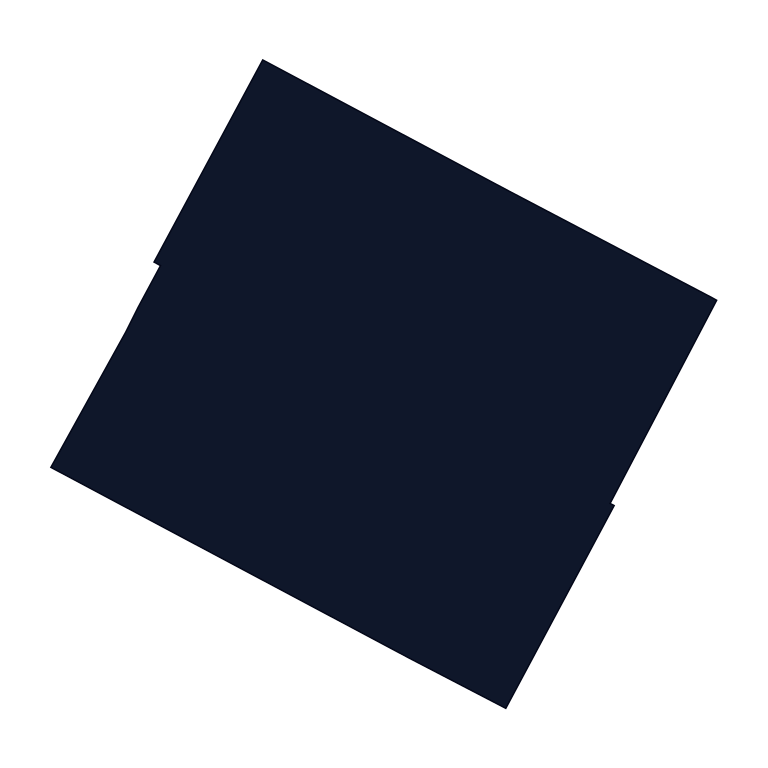 Custer, Nebraska, United States of America, rotated 28°
{"feature_id": "52423323B7268339406067", "entity_name": "Custer", "entity_type": "district", "adm_level": 2, "iso_a3": "USA", "parent_name": "United States of America", "parent_adm1": "Nebraska", "projection": "orthographic", "projection_center": [-99.806, 41.394], "detail": "fine", "context": "isolated", "style": "filled", "palette": "ink", "viewbox_px": 768, "rotation_deg": 28, "n_neighbors": 0, "source": "geoboundaries", "source_scale": "gbopen_adm2", "svg_char_len": 350}
<svg xmlns="http://www.w3.org/2000/svg" viewBox="0 0 768 768"><g transform="rotate(28 384 384)"><path d="M124.8,154.8L123.7,384.3L131.1,384.4L130.9,431.6L131.6,459.4L129.0,614.0L135.9,614.0L534.7,614.2L643.8,613.2L644.3,383.3L639.7,383.3L638.4,153.9L633.5,153.8L403.7,155.0L124.8,154.8Z" fill="#0f172a" stroke="#020617" stroke-width="1.5"/></g></svg>